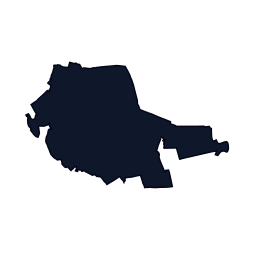 Duda-Epureni, Vaslui, Romania, rotated 12°
{"feature_id": "2599482B75726639165286", "entity_name": "Duda-Epureni", "entity_type": "district", "adm_level": 2, "iso_a3": "ROU", "parent_name": "Romania", "parent_adm1": "Vaslui", "projection": "orthographic", "projection_center": [28.077, 46.731], "detail": "fine", "context": "isolated", "style": "filled", "palette": "ink", "viewbox_px": 256, "rotation_deg": 12, "n_neighbors": 0, "source": "geoboundaries", "source_scale": "gbopen_adm2", "svg_char_len": 5575}
<svg xmlns="http://www.w3.org/2000/svg" viewBox="0 0 256 256"><g transform="rotate(12 128 128)"><path d="M221.5,136.2L223.2,132.6L224.0,131.7L225.7,130.7L227.3,130.5L228.2,130.7L229.2,131.0L229.8,130.8L230.2,130.2L230.4,129.2L230.5,127.5L230.1,125.7L229.3,123.1L228.4,121.7L227.6,121.0L226.8,121.0L225.2,121.7L221.5,124.0L220.1,124.4L219.3,124.3L218.3,123.4L217.5,122.4L216.8,121.4L214.4,123.1L213.7,122.9L213.3,122.6L212.5,121.4L211.5,118.9L211.2,117.8L210.2,114.0L209.8,111.8L209.6,111.2L208.9,111.2L208.7,111.1L207.8,110.4L207.2,109.6L202.1,111.2L201.9,110.5L192.2,112.7L174.0,116.5L173.8,116.5L173.9,115.8L168.6,115.1L168.2,113.0L167.5,112.9L166.1,112.7L162.8,112.1L156.5,111.1L150.3,109.9L148.7,109.5L144.5,109.0L143.4,108.7L142.8,108.7L142.4,108.7L138.2,108.0L136.2,107.6L135.6,107.6L135.6,107.2L134.9,106.1L133.6,104.0L132.6,103.0L132.2,102.4L132.0,101.6L131.3,99.0L127.2,90.8L124.3,84.8L121.5,80.1L119.8,77.8L119.1,76.7L118.9,76.1L115.4,71.8L112.4,68.4L106.9,68.9L103.3,69.4L102.0,69.9L92.1,72.9L91.6,73.2L91.0,73.4L90.8,73.3L86.6,74.7L84.4,75.5L83.0,76.1L82.7,76.3L82.0,76.2L80.6,76.8L80.4,77.0L79.7,77.3L79.5,77.5L78.5,77.8L76.6,78.1L74.4,78.2L72.5,78.4L72.0,78.6L70.8,79.7L67.4,75.9L66.5,76.3L66.0,76.1L64.1,75.7L63.8,75.5L63.1,75.6L62.8,76.0L62.4,76.1L60.5,76.1L57.4,75.9L57.0,81.2L55.3,81.5L53.1,81.7L52.4,81.9L51.1,81.7L50.1,81.4L48.9,81.2L48.6,80.9L48.5,80.7L46.1,80.9L46.1,81.2L43.5,81.8L42.5,82.2L42.7,82.7L42.7,83.0L42.9,83.8L43.1,84.2L43.2,84.9L43.1,85.5L42.9,86.3L42.9,88.1L42.7,89.7L42.6,90.5L42.3,91.5L42.1,92.8L42.2,95.0L42.0,95.8L41.7,96.2L42.7,96.4L42.2,97.4L40.3,100.5L40.3,100.8L40.5,101.0L41.2,101.1L41.6,101.5L42.2,101.7L43.8,102.4L43.8,102.7L43.7,103.1L43.9,104.2L43.9,104.4L43.7,105.4L43.6,105.8L43.6,106.4L43.5,106.8L43.5,107.5L43.2,107.6L43.3,107.7L43.5,107.9L43.5,108.4L43.6,108.8L42.6,108.5L41.2,108.2L40.1,110.1L38.6,112.3L36.9,114.7L34.2,118.4L33.1,120.4L31.0,122.4L28.4,125.3L29.0,125.9L32.3,129.8L33.2,130.8L34.1,131.8L35.0,132.6L35.8,133.8L35.4,133.9L35.2,134.2L35.0,135.9L35.1,137.5L35.1,137.9L35.0,138.2L33.1,139.6L32.0,139.4L31.0,138.9L29.9,137.3L29.2,136.4L28.5,135.6L27.6,134.9L25.5,136.5L26.5,137.7L27.1,137.8L27.4,137.6L27.7,138.1L28.1,139.0L28.1,140.7L28.8,143.2L29.2,144.5L30.1,146.1L30.5,146.7L30.9,147.2L31.8,147.6L32.3,147.9L32.7,148.4L33.5,149.7L33.5,150.2L33.3,150.4L33.9,151.0L36.2,153.0L37.0,153.7L39.0,155.0L39.5,155.2L40.3,155.6L41.5,155.7L42.0,155.5L42.0,154.7L42.1,154.3L42.4,151.5L39.9,144.6L45.7,143.6L46.3,143.0L47.8,142.3L49.2,141.2L49.8,139.6L50.4,140.6L50.5,141.9L52.0,143.6L52.5,144.4L53.3,145.1L52.0,145.2L51.2,145.6L50.7,146.5L50.6,147.6L50.7,150.1L50.5,151.9L50.1,153.4L50.1,155.7L50.2,157.2L50.6,158.6L51.2,159.5L52.1,160.6L52.6,161.4L52.9,161.7L53.7,163.2L55.5,165.7L56.2,166.9L56.6,167.5L58.1,169.7L58.4,170.1L59.4,170.6L59.7,171.0L60.3,171.4L61.0,171.9L61.8,172.3L62.9,172.9L64.0,173.1L64.9,173.7L65.3,173.8L65.6,173.8L66.0,173.8L68.7,172.5L69.3,173.4L70.1,174.1L70.2,174.6L70.5,175.2L70.7,175.8L70.7,176.3L70.9,176.7L71.1,177.0L71.4,177.3L71.7,177.4L72.1,177.9L73.0,178.4L73.9,179.1L74.2,179.3L75.4,179.5L75.7,179.4L76.6,178.4L77.5,179.0L81.1,181.4L81.8,180.3L82.9,178.9L83.3,178.0L83.7,177.5L83.8,177.2L84.0,176.8L84.2,177.1L84.4,177.1L84.8,176.9L85.3,177.0L85.6,176.8L85.9,177.4L85.9,178.1L86.1,178.9L86.0,179.2L85.8,179.6L85.5,180.8L85.8,180.9L86.0,180.8L86.8,180.9L87.4,181.1L87.7,180.9L87.6,180.6L87.5,180.4L87.4,179.7L87.7,179.6L87.9,179.4L88.2,179.3L88.5,179.3L88.9,179.1L89.4,179.1L90.2,178.9L90.8,178.8L91.0,178.8L91.6,179.9L92.4,179.7L92.8,179.4L92.9,179.1L93.5,179.0L94.0,179.0L95.3,179.2L95.5,179.5L95.8,179.2L96.0,179.1L96.1,179.4L96.1,179.5L97.0,179.8L98.2,180.3L99.8,180.6L100.9,181.0L102.6,181.4L102.8,181.6L103.1,181.6L103.5,180.9L103.8,180.5L104.0,180.9L104.4,180.9L104.6,180.8L105.2,180.2L105.5,180.2L105.5,180.3L105.4,180.6L105.5,180.8L106.1,180.9L106.5,181.1L106.8,181.4L107.8,181.9L108.2,181.7L108.5,181.6L108.7,181.4L109.0,181.6L109.2,181.4L109.5,181.5L110.0,181.6L110.8,181.4L111.1,181.4L111.5,181.5L112.1,181.8L112.1,182.0L112.3,182.2L112.5,182.2L112.6,182.3L113.2,182.8L113.4,182.9L113.7,183.2L114.2,183.6L114.5,183.8L115.0,184.5L115.5,184.7L115.9,185.3L116.4,185.6L116.7,185.2L119.1,187.6L125.0,182.1L129.6,177.4L129.6,177.2L129.9,177.3L130.2,177.4L132.0,179.0L134.4,180.7L135.1,181.3L135.2,182.0L135.3,182.1L135.4,181.3L135.7,180.7L135.7,180.0L135.6,179.6L136.1,180.4L136.4,180.7L136.1,180.1L135.8,179.3L135.7,178.7L135.7,177.2L142.3,175.0L144.9,173.7L149.9,171.5L151.9,174.7L154.3,179.2L154.7,179.6L155.6,180.7L156.1,181.7L156.7,182.8L157.9,182.3L158.4,182.3L161.3,181.5L161.2,181.4L161.3,181.3L163.2,181.2L165.3,180.8L165.6,180.9L168.1,180.3L172.5,179.1L174.6,178.7L179.1,177.5L182.4,176.5L183.5,176.0L177.9,163.5L176.4,160.8L173.8,161.6L173.7,162.6L173.2,162.9L173.4,163.8L167.0,154.7L166.2,153.4L164.6,150.7L164.3,149.7L164.1,147.4L162.8,145.4L160.7,144.8L160.8,142.9L161.1,138.6L161.5,136.1L161.9,133.9L162.1,132.0L162.3,130.1L162.5,130.0L163.2,129.6L163.4,129.5L163.6,129.6L163.7,129.8L164.3,130.8L164.4,131.0L164.7,130.9L165.0,131.0L165.3,131.1L165.7,131.5L165.4,131.6L165.3,131.8L165.3,132.0L165.5,132.1L166.0,132.0L165.7,132.3L165.0,132.9L164.8,133.2L165.0,133.3L165.9,132.7L166.5,132.2L166.7,132.6L166.6,133.7L166.2,133.7L166.1,134.4L166.4,135.4L166.8,135.5L166.8,135.9L166.3,135.9L166.3,136.2L166.6,136.8L167.0,137.6L167.2,137.9L167.4,138.5L167.0,139.3L167.3,139.8L167.5,140.2L179.6,137.4L185.0,147.7L185.4,147.7L187.0,146.7L211.3,135.4L215.5,133.5L217.6,132.7L219.6,132.1L219.0,135.9L221.5,136.2Z" fill="#0f172a" stroke="#020617" stroke-width="1.5"/></g></svg>